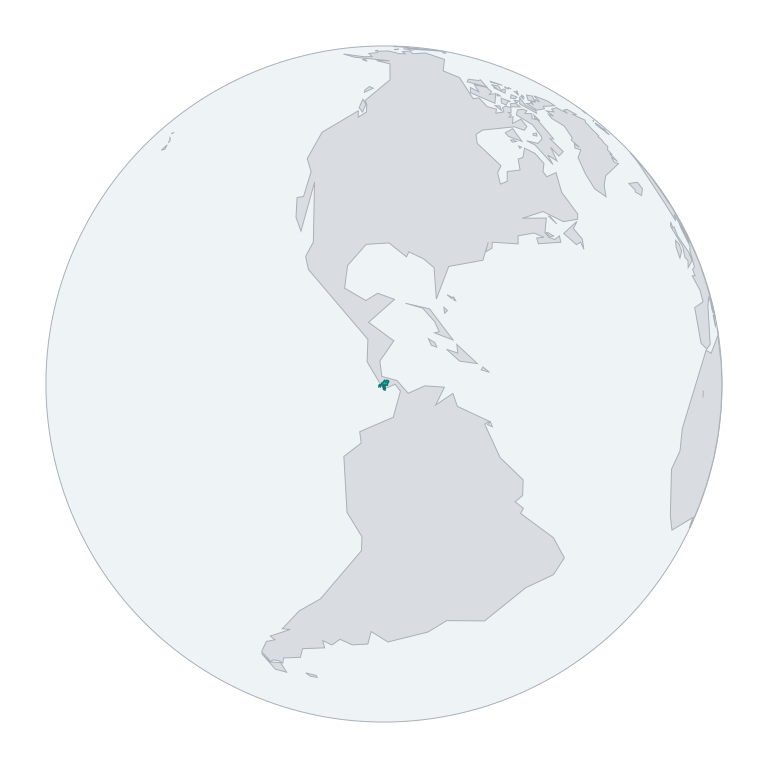 Veraguas highlighted on a globe, orthographic projection, rotated 29°
{"feature_id": "PAN-1341", "entity_name": "Veraguas", "entity_type": "Province", "adm_level": 1, "iso_a3": "PAN", "parent_name": "Panama", "parent_adm1": "", "projection": "orthographic", "projection_center": [-81.249, 8.046], "detail": "coarse", "context": "on_globe", "style": "filled", "palette": "teal", "viewbox_px": 768, "rotation_deg": 29, "n_neighbors": 0, "source": "natural_earth", "source_scale": "10m", "svg_char_len": 8277}
<svg xmlns="http://www.w3.org/2000/svg" viewBox="0 0 768 768"><g transform="rotate(29 384 384)"><circle cx="384" cy="384" r="338" fill="#eef3f6" stroke="#a8b0b8"/><path d="M401.9,382.3L393.9,378.8L386.1,388.9L358.4,372.7L348.3,352.8L262.5,320.5L253.6,310.4L253.4,294.1L225.4,241.2L237.3,290.6L226.2,280.8L217.6,263.1L222.7,258.9L217.3,233.6L207.6,224.1L207.8,193.8L229.1,157.5L232.1,163.1L236.8,154.7L233.4,147.7L230.0,145.3L241.8,115.0L234.0,101.1L220.7,104.8L232.1,98.6L199.7,112.5L188.6,115.0L207.8,107.5L214.9,103.4L210.6,102.2L216.9,97.9L218.5,95.2L226.5,90.5L237.1,87.7L242.5,84.9L239.1,84.4L245.0,80.2L249.1,81.2L259.8,74.4L279.5,70.8L284.0,81.5L301.6,79.4L323.7,91.3L328.3,87.7L339.6,91.4L349.1,89.1L350.5,93.0L356.9,87.9L353.8,84.9L355.5,82.0L360.9,80.7L363.6,85.0L361.3,86.3L364.9,86.9L364.0,89.9L367.4,87.7L370.1,93.8L375.3,86.0L384.1,89.5L383.7,94.1L373.4,95.8L347.1,114.1L343.5,121.1L348.8,128.3L380.5,136.4L380.9,144.1L388.9,152.8L393.5,147.0L388.8,138.4L399.3,130.9L392.3,122.3L395.6,118.4L392.6,109.6L404.2,109.1L417.0,113.6L420.1,121.2L425.9,123.8L432.0,115.7L446.4,130.2L471.0,141.4L473.5,146.0L462.2,155.0L439.4,156.1L424.7,171.9L445.5,160.2L451.5,173.7L457.2,175.8L463.4,174.8L465.6,169.4L469.9,174.3L451.0,186.5L446.8,182.2L452.8,178.1L442.1,179.2L429.4,189.4L433.4,196.4L410.0,207.5L412.6,213.0L408.9,219.1L406.4,209.3L410.5,227.8L383.6,249.8L388.6,284.3L371.4,258.0L357.8,255.3L341.6,256.4L342.1,261.9L320.0,258.2L300.7,270.5L294.7,298.1L303.1,319.3L327.6,319.8L334.5,307.7L352.2,304.9L340.6,337.5L371.7,341.5L369.2,365.9L378.4,378.4L393.7,374.7L409.7,380.4L420.6,365.8L438.4,357.5L439.4,377.3L448.8,358.8L459.0,368.0L494.1,365.6L491.6,370.3L521.2,392.1L552.2,400.4L559.3,414.3L555.8,423.4L566.2,425.2L566.3,431.0L606.6,436.3L626.0,448.6L624.6,468.7L606.7,493.5L586.8,542.5L553.6,560.5L542.7,579.6L512.5,607.7L492.8,606.8L495.9,619.3L482.8,627.5L469.3,628.6L464.9,637.5L454.8,638.1L460.0,643.5L441.1,655.0L443.4,663.6L428.9,672.3L430.8,677.1L426.2,677.0L420.8,678.9L419.5,681.6L406.7,677.4L405.9,666.3L412.6,660.5L406.7,659.6L421.0,644.1L413.7,647.4L419.9,623.4L432.6,602.7L445.1,540.8L438.8,528.3L413.9,514.2L384.0,466.8L392.7,446.7L385.9,437.5L408.2,408.6L401.9,382.3ZM76.0,287.5L78.4,279.9L78.5,284.9L76.0,287.5ZM78.8,275.2L78.2,277.8L78.5,275.6L78.8,275.2ZM78.3,273.6L78.7,274.7L78.0,274.2L78.3,273.6ZM77.4,272.4L78.0,272.7L77.8,273.0L77.4,272.4ZM387.4,296.2L423.0,312.0L403.4,314.8L407.0,311.5L397.9,304.8L381.0,298.9L363.6,303.0L387.4,296.2ZM77.0,268.3L77.1,267.0L77.9,266.5L77.0,268.3ZM402.1,276.5L395.9,275.4L401.9,275.1L402.1,276.5ZM227.4,145.2L232.7,148.1L233.4,156.6L228.3,154.4L227.4,145.2ZM226.9,131.0L231.2,130.5L225.4,138.4L224.8,136.1L226.9,131.0ZM209.8,109.2L212.9,109.8L207.7,110.8L209.8,109.2ZM217.3,95.7L214.4,97.1L216.5,95.2L217.3,95.7ZM386.5,110.7L389.5,110.2L388.5,112.0L386.5,110.7ZM382.3,107.7L379.0,110.2L376.5,109.2L378.6,107.6L382.3,107.7ZM230.5,86.6L234.7,83.7L232.3,86.0L230.5,86.6ZM387.0,104.9L372.6,107.1L368.3,105.4L372.8,98.3L387.0,104.9ZM238.4,81.6L248.3,75.6L242.7,77.8L264.1,69.1L248.6,76.5L246.5,78.8L243.6,79.2L238.4,81.6ZM350.5,84.7L354.0,87.7L346.2,86.6L350.5,84.7ZM345.0,84.7L318.4,87.3L315.8,82.8L325.2,82.5L318.0,78.4L329.8,74.8L336.5,76.3L335.8,79.7L340.9,75.9L345.0,84.7ZM274.3,65.8L278.3,64.3L276.1,65.5L274.3,65.8ZM355.6,80.7L350.5,81.3L347.9,77.3L357.7,75.5L355.4,77.3L355.6,80.7ZM310.2,79.4L310.1,76.5L319.6,72.7L320.8,71.2L329.9,74.3L310.2,79.4ZM358.7,77.5L362.8,74.7L368.9,75.6L360.5,80.0L358.7,77.5ZM343.1,77.2L342.3,75.4L345.9,75.7L343.1,77.2ZM392.7,78.2L386.6,78.3L384.7,76.1L392.7,78.2ZM363.9,73.7L361.8,73.4L360.4,72.8L364.3,71.2L363.9,73.7ZM336.0,71.7L340.0,71.0L332.8,70.2L339.6,67.8L344.4,70.6L345.3,68.4L347.4,67.8L348.9,70.9L336.0,71.7ZM363.9,67.9L372.4,71.5L384.2,71.4L386.2,73.2L366.9,73.2L363.9,67.9ZM355.0,69.3L361.0,68.7L360.4,70.9L356.0,72.6L355.0,69.3ZM342.6,65.4L330.8,68.3L330.2,67.7L342.6,65.4ZM367.5,67.3L365.3,66.5L368.4,67.1L367.5,67.3ZM350.4,65.4L346.3,66.3L345.6,65.5L350.4,65.4ZM364.5,64.4L367.2,65.4L364.3,66.5L364.5,64.4ZM358.1,64.5L358.2,63.2L361.6,66.2L356.4,65.0L358.1,64.5ZM350.4,64.5L348.7,64.4L352.2,64.2L350.4,64.5ZM374.1,60.3L379.0,63.9L372.5,66.0L368.6,62.1L374.1,60.3ZM427.3,686.1L407.4,679.0L418.9,682.3L428.8,677.9L438.5,683.3L427.3,686.1ZM455.6,674.6L465.9,671.8L467.8,673.0L461.1,675.3L455.6,674.6ZM626.0,148.1L619.2,141.9L626.2,148.9L633.5,156.1L641.9,165.7L640.9,164.5L625.6,150.0L629.6,158.9L650.1,191.3L649.3,196.9L641.6,194.7L618.7,166.5L623.2,157.5L615.1,148.9L601.1,139.9L603.6,138.5L598.4,134.2L598.8,131.1L586.4,118.5L584.9,115.2L567.5,103.1L564.3,100.3L575.5,107.9L582.4,112.2L577.0,106.6L575.2,105.4L601.6,125.5L626.0,148.1ZM544.6,86.7L545.3,87.1L532.6,80.7L520.3,74.8L516.6,73.3L536.8,83.1L544.3,87.1L550.0,89.9L571.0,103.0L575.6,106.7L555.6,95.1L559.9,99.8L542.5,90.1L498.7,67.0L486.8,62.2L488.7,62.7L517.2,73.4L544.6,86.7ZM271.1,65.5L268.0,66.6L268.9,66.4L274.8,64.3L264.1,69.1L242.7,77.8L241.9,77.7L229.1,84.1L229.1,83.7L228.9,83.8L271.1,65.5ZM721.2,361.7L720.7,356.4L720.6,361.5L718.9,351.1L718.0,352.5L706.7,372.2L698.3,360.4L676.8,319.2L675.3,298.9L666.5,278.3L649.3,198.2L655.2,198.6L652.6,180.5L654.0,181.6L664.7,196.8L668.0,200.9L680.5,221.9L691.4,243.7L700.8,266.3L708.5,289.6L714.4,313.3L718.7,337.4L721.2,361.7ZM666.4,235.0L669.6,241.2L666.4,235.0ZM495.2,365.3L499.5,368.9L494.0,369.3L495.2,365.3ZM401.0,322.9L408.3,323.1L412.3,326.1L406.7,327.2L401.0,322.9ZM462.3,321.2L470.6,322.6L462.1,324.5L462.3,321.2ZM428.5,314.1L455.7,320.9L439.1,327.3L421.9,323.3L433.6,321.2L428.5,314.1ZM399.2,287.8L403.9,289.1L402.7,292.7L399.2,287.8ZM406.4,276.4L404.6,276.8L402.2,273.9L406.4,276.4ZM452.6,172.9L454.2,172.1L460.7,172.3L458.0,174.6L452.6,172.9ZM487.2,161.1L493.5,169.3L487.2,164.6L484.7,168.8L468.2,165.2L473.9,148.2L474.3,156.2L487.2,161.1ZM447.8,156.9L457.6,160.3L446.7,157.4L447.8,156.9ZM569.4,117.1L573.8,118.2L579.9,123.5L581.8,130.4L573.0,122.5L569.4,117.1ZM578.6,119.0L558.2,107.1L556.2,103.3L560.8,107.3L561.5,105.9L569.0,112.1L587.0,121.2L593.6,126.7L593.6,134.7L590.0,128.6L585.9,127.4L578.6,119.0ZM509.8,92.6L500.9,89.9L508.0,84.7L515.4,88.0L517.9,94.3L510.5,94.2L509.8,92.6ZM397.6,93.0L393.8,94.1L393.0,92.7L395.7,90.6L397.6,93.0ZM390.0,78.5L413.6,87.5L410.4,89.0L428.1,93.9L426.5,99.8L415.1,96.2L427.2,105.1L416.3,104.4L425.4,110.2L400.1,101.7L390.8,102.1L401.8,99.1L403.5,93.4L401.4,91.1L388.6,85.3L369.3,84.5L367.9,79.6L372.1,76.4L376.5,75.8L376.0,79.0L382.2,76.0L384.9,80.2L390.0,78.5ZM421.2,55.1L418.8,56.7L431.8,55.8L434.5,58.2L435.9,58.0L442.0,60.2L451.7,62.9L451.4,64.0L455.3,64.6L459.4,66.5L464.7,67.9L466.0,70.8L472.6,72.9L469.5,73.1L480.4,76.2L472.9,75.3L477.5,78.3L482.3,77.6L476.9,94.4L480.4,103.7L487.4,112.6L473.6,111.1L458.2,102.5L444.0,91.9L442.6,83.7L436.7,85.1L434.2,81.8L440.0,82.1L429.6,79.9L429.2,77.4L416.6,71.0L402.0,70.4L397.0,68.4L402.5,67.5L393.7,66.4L400.7,63.5L397.3,62.3L400.8,58.8L413.3,58.4L408.5,57.2L411.0,55.1L421.2,55.1ZM375.4,59.3L389.8,57.2L398.4,57.9L388.7,63.9L390.9,65.5L385.0,70.4L372.7,69.6L375.5,68.2L375.4,66.7L379.3,67.5L376.0,65.7L379.8,63.9L378.3,62.2L383.4,61.9L375.4,59.3ZM653.1,179.6L649.2,174.9L649.1,174.6L647.9,173.0L653.1,179.6ZM639.2,165.1L638.2,163.3L645.9,172.0L646.0,172.9L639.2,165.1ZM631.1,155.4L637.5,162.5L634.1,159.1L631.1,155.4ZM573.9,106.3L572.0,104.6L574.4,106.1L578.5,109.0L573.9,106.3ZM460.3,56.7L457.5,56.6L455.4,56.0L444.7,54.6L441.8,53.3L447.1,53.6L460.3,56.7ZM455.4,55.0L451.3,54.4L452.4,54.2L455.4,55.0ZM439.1,52.3L439.3,51.8L440.2,53.0L439.1,52.3ZM424.1,48.6L429.7,49.3L428.6,49.4L424.1,48.6ZM276.2,64.8L278.1,64.4L274.3,65.6L276.2,64.8Z" fill="#d9dde1" stroke="#a8b0b8" stroke-width="1"/><path d="M384.2,379.6L386.3,379.0L387.0,379.9L387.1,380.5L386.5,381.1L387.2,382.4L387.0,383.2L387.3,383.5L386.3,383.9L385.8,385.5L387.1,387.0L387.8,388.8L386.3,389.0L385.9,388.7L386.1,388.0L385.2,386.3L385.3,385.8L385.0,385.6L385.3,385.3L385.1,384.8L384.9,385.2L384.3,385.1L384.3,384.9L384.2,384.9L384.5,385.5L384.0,385.7L384.3,386.0L384.2,386.6L382.1,385.7L381.9,384.3L381.8,384.6L381.6,384.3L382.5,382.8L382.6,380.7L384.5,381.3L384.2,379.6ZM381.0,386.4L382.0,388.2L381.1,388.1L380.3,387.3L381.0,386.4ZM384.4,387.0L385.3,386.8L384.0,387.3L384.4,387.0ZM380.7,388.6L381.0,388.5L380.8,388.8L380.7,388.6Z" fill="#14b8a6" stroke="#0f766e" stroke-width="1.5"/></g></svg>